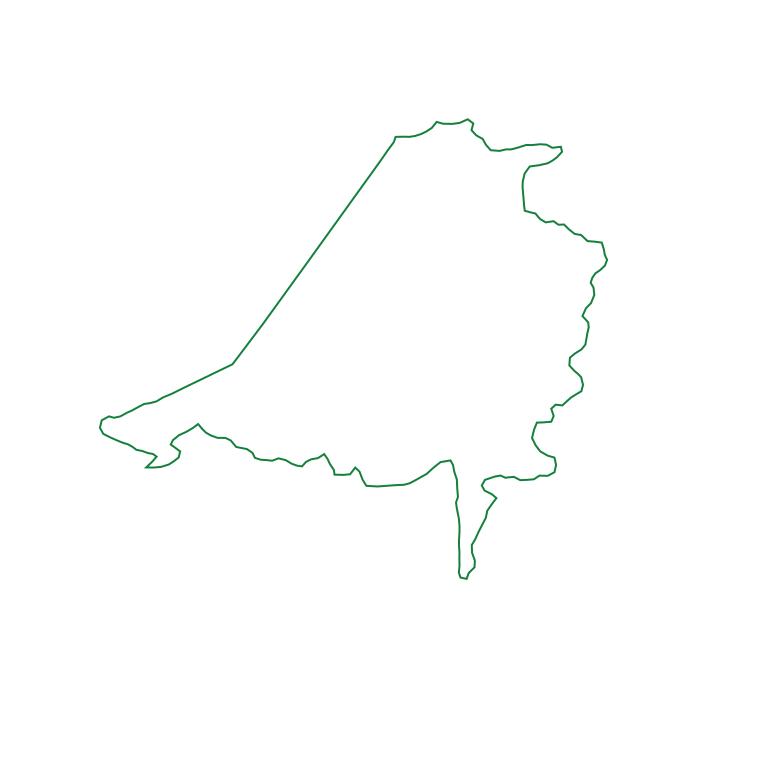 Anchieta, Espírito Santo, Brazil (Natural Earth projection), rotated 241°
{"feature_id": "56859067B41158755136707", "entity_name": "Anchieta", "entity_type": "district", "adm_level": 2, "iso_a3": "BRA", "parent_name": "Brazil", "parent_adm1": "Espírito Santo", "projection": "natural_earth1", "projection_center": [-40.708, -20.693], "detail": "fine", "context": "isolated", "style": "outline", "palette": "green", "viewbox_px": 768, "rotation_deg": 241, "n_neighbors": 0, "source": "geoboundaries", "source_scale": "gbopen_adm2", "svg_char_len": 2986}
<svg xmlns="http://www.w3.org/2000/svg" viewBox="0 0 768 768"><g transform="rotate(241 384 384)"><path d="M179.8,374.3L185.6,377.9L193.7,379.2L200.6,382.7L203.9,388.4L209.1,395.4L213.8,402.5L217.6,408.2L223.1,412.9L227.0,420.9L229.7,427.0L235.3,424.9L242.0,420.3L247.8,420.3L251.2,425.8L249.3,436.1L247.4,441.6L243.2,444.7L239.9,452.5L233.8,456.6L230.7,462.9L228.0,468.9L228.5,475.5L224.3,482.7L224.2,490.4L229.9,495.3L237.0,497.4L242.0,492.4L249.3,488.0L257.1,486.9L265.0,487.3L271.3,493.1L276.1,499.0L273.3,504.5L269.9,512.0L273.8,516.9L281.3,518.3L282.7,524.1L278.8,529.6L280.1,534.8L281.5,541.0L281.8,546.7L282.0,553.1L286.8,557.7L294.4,559.7L298.7,558.6L303.3,556.8L310.4,555.1L316.9,559.4L318.1,565.8L318.5,573.5L320.8,579.2L329.7,586.4L334.3,590.5L338.9,592.5L347.2,590.5L352.3,597.3L354.4,604.3L359.9,611.1L366.8,614.0L372.3,613.8L376.0,617.8L378.3,622.6L378.9,628.5L380.5,634.7L384.4,639.3L389.7,639.7L395.3,641.6L402.1,643.0L406.2,637.5L410.3,631.3L418.6,628.7L422.9,623.5L429.9,620.6L436.2,618.8L438.7,613.8L444.2,611.2L446.9,603.9L452.5,600.5L459.7,599.1L463.6,594.8L467.3,591.1L472.3,593.1L478.4,595.9L484.3,598.5L489.7,601.0L494.3,603.9L499.9,609.1L503.6,616.9L500.2,625.6L497.7,634.1L497.7,639.6L498.4,645.0L500.8,652.3L505.7,653.7L509.0,645.7L514.6,642.1L518.0,636.8L521.2,629.3L524.1,624.3L525.8,615.8L527.5,609.1L530.1,604.3L531.8,598.2L536.7,590.7L543.8,589.1L550.5,589.1L556.8,585.2L563.6,583.6L568.6,588.4L574.9,585.6L575.7,576.7L578.4,569.8L583.1,561.7L587.7,557.1L584.8,550.0L584.3,543.6L584.6,537.7L585.9,531.3L587.8,526.1L590.7,521.2L594.5,514.0L590.7,509.7L587.1,501.7L581.0,489.3L573.8,474.1L561.6,448.2L529.7,380.7L523.6,367.7L495.0,306.8L474.7,261.1L475.2,252.3L476.5,229.0L477.7,207.5L478.3,193.9L479.4,184.1L479.1,176.7L480.6,170.4L482.8,164.6L483.0,157.7L483.0,150.8L483.5,145.0L483.5,137.6L485.4,131.4L489.0,127.8L489.1,119.5L483.4,114.3L476.5,114.3L470.4,118.4L463.9,123.3L459.0,127.3L455.4,130.8L451.3,133.4L446.4,135.6L442.5,140.2L438.2,143.9L434.8,148.0L430.7,149.9L428.5,143.9L426.3,135.6L422.5,142.2L419.6,148.8L417.9,156.9L418.3,162.6L419.3,168.9L423.9,173.0L429.9,170.3L434.4,168.1L437.2,172.1L438.6,179.8L438.0,187.9L438.2,195.7L439.1,202.0L433.3,203.1L428.0,204.6L423.1,207.5L417.6,212.3L413.7,219.2L408.9,222.6L400.6,224.2L393.6,232.5L387.6,235.6L382.0,235.3L377.6,239.4L374.3,244.5L371.1,249.0L370.1,255.7L365.1,261.1L359.0,264.6L354.8,268.3L351.7,272.4L353.7,278.1L353.4,283.8L351.2,290.4L351.7,297.7L345.8,298.3L340.3,297.9L333.1,298.5L328.7,296.8L324.3,304.2L321.5,310.6L324.8,318.3L319.3,320.1L310.6,318.9L303.5,319.2L297.5,328.7L290.0,344.9L286.1,352.8L284.7,358.6L284.6,366.4L284.7,377.8L286.8,386.7L288.3,395.6L284.9,405.1L279.8,405.1L273.0,402.9L265.1,401.4L257.1,397.4L249.3,393.9L245.5,389.6L241.3,387.9L235.0,385.8L229.9,384.2L223.2,381.2L217.3,377.9L210.8,373.7L205.6,370.9L200.6,368.6L194.1,364.9L188.5,362.0L182.7,358.0L177.6,357.1L173.5,361.8L177.6,366.4L179.8,374.3Z" fill="none" stroke="#15803d" stroke-width="2"/></g></svg>